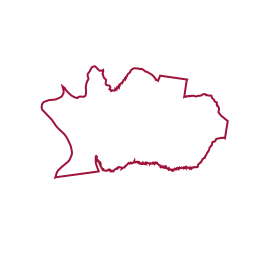 Baradero, Buenos Aires, Argentina (Natural Earth projection), rotated 236°
{"feature_id": "61730980B8735430115634", "entity_name": "Baradero", "entity_type": "district", "adm_level": 2, "iso_a3": "ARG", "parent_name": "Argentina", "parent_adm1": "Buenos Aires", "projection": "natural_earth1", "projection_center": [-59.554, -33.906], "detail": "fine", "context": "isolated", "style": "outline", "palette": "rose", "viewbox_px": 256, "rotation_deg": 236, "n_neighbors": 0, "source": "geoboundaries", "source_scale": "gbopen_adm2", "svg_char_len": 5796}
<svg xmlns="http://www.w3.org/2000/svg" viewBox="0 0 256 256"><g transform="rotate(236 128 128)"><path d="M172.8,158.0L172.6,157.8L171.7,156.0L171.4,155.9L171.4,154.8L171.2,154.7L171.1,154.4L170.5,154.2L169.8,152.9L170.7,152.8L170.1,151.9L170.2,150.9L169.7,150.5L169.3,149.4L169.0,149.2L168.9,148.0L168.6,147.9L168.9,147.5L168.7,147.1L168.9,145.9L168.7,145.4L168.2,145.1L168.5,144.6L168.2,144.3L167.6,144.4L167.6,144.1L167.9,143.8L167.8,143.6L167.1,143.6L166.9,143.4L167.7,143.5L167.5,143.0L167.8,142.7L167.5,142.3L167.7,142.2L168.0,142.4L168.1,142.1L168.0,141.8L167.2,141.9L167.4,141.5L167.0,141.4L166.7,141.0L167.0,140.2L166.4,139.8L167.4,139.4L166.8,139.1L166.8,138.7L166.5,138.2L166.5,137.8L166.7,137.4L167.2,137.3L167.7,136.5L168.1,134.6L168.3,134.6L168.4,135.0L169.3,135.1L170.5,134.3L171.6,136.1L173.0,136.4L174.2,135.8L175.3,134.3L176.7,134.1L177.9,134.7L180.0,136.6L180.8,136.7L182.5,136.2L183.5,136.2L185.4,136.7L186.2,137.2L186.9,137.0L189.1,139.4L190.1,139.8L190.3,137.9L191.5,136.5L192.2,136.2L197.1,135.3L197.8,134.9L198.4,133.4L198.5,131.8L197.6,130.0L196.4,128.0L195.3,124.8L194.5,124.1L193.6,123.6L191.1,122.9L190.3,121.9L189.4,120.0L187.6,117.8L185.1,115.5L182.5,114.2L180.4,112.7L178.9,111.2L178.4,109.8L178.5,109.2L178.9,108.4L180.7,106.1L181.4,104.6L181.4,103.8L181.1,103.4L181.1,102.7L183.0,101.1L186.4,99.3L191.2,98.1L194.8,97.7L196.2,97.9L199.2,97.0L194.7,95.4L192.9,94.0L191.3,90.9L191.3,88.2L192.2,83.8L195.4,77.9L196.6,73.0L196.3,71.2L195.4,69.7L193.5,68.0L191.5,67.1L177.2,69.5L170.1,69.5L166.8,69.9L158.2,71.8L154.2,71.9L149.3,71.2L145.4,70.5L142.3,69.4L139.0,67.9L137.0,66.1L134.0,61.2L133.5,58.8L132.7,50.6L131.8,45.9L130.9,44.1L127.6,40.1L127.5,40.7L108.4,79.4L110.2,80.1L111.2,80.1L116.4,81.5L119.3,83.1L120.4,84.0L121.7,84.7L122.3,85.2L122.5,85.8L122.2,85.8L121.9,86.1L121.4,86.1L120.4,84.8L119.4,84.8L119.1,84.4L118.4,84.9L117.8,84.4L117.5,85.0L117.0,84.7L116.8,85.2L116.2,85.2L115.5,85.6L115.2,85.0L114.8,85.4L114.5,84.8L113.8,85.1L113.5,84.6L113.1,84.9L112.8,84.3L111.7,84.0L111.3,84.2L109.8,83.7L108.8,84.1L108.1,83.7L107.8,84.5L107.0,83.8L105.5,85.0L105.2,85.8L104.7,86.1L104.7,86.6L104.1,87.5L104.4,88.2L103.9,88.4L104.0,88.8L103.5,89.0L103.7,89.7L103.4,89.8L103.0,89.2L102.3,89.8L101.9,89.4L101.5,89.5L101.4,90.3L100.4,91.3L100.8,91.5L100.6,91.9L100.8,92.1L100.5,92.4L101.0,93.9L100.7,95.5L100.2,96.2L101.0,96.6L100.9,97.4L100.5,97.9L100.9,98.5L100.1,99.0L98.8,100.7L98.2,100.9L97.7,100.2L97.7,102.3L97.2,103.2L97.9,104.0L97.8,105.3L98.1,105.9L98.4,108.2L98.7,108.9L97.5,109.5L97.7,110.6L97.2,110.4L96.7,111.6L96.4,111.7L96.5,112.3L96.0,113.9L96.8,114.3L97.1,114.8L96.4,114.4L95.7,114.3L95.6,114.5L96.1,114.8L95.6,114.9L95.4,115.2L95.7,116.0L95.3,115.6L95.1,116.2L94.6,116.3L94.6,117.1L94.2,117.1L94.0,117.5L93.6,117.1L93.4,117.1L93.6,117.8L93.3,118.2L92.8,118.1L92.5,117.5L92.1,117.7L91.9,118.4L91.3,118.4L91.3,119.0L91.2,119.0L91.0,118.6L91.0,118.9L90.6,119.1L90.7,119.8L90.1,119.8L89.2,121.4L88.7,121.7L88.9,121.9L89.6,121.9L88.7,122.4L89.2,123.3L88.9,123.3L88.6,123.1L88.2,123.2L88.7,123.5L88.9,124.1L86.9,125.6L86.5,126.6L86.3,126.7L85.9,126.4L86.0,126.8L85.2,128.1L85.4,128.5L85.4,129.0L85.1,128.9L84.8,129.2L84.6,129.1L84.6,129.7L83.9,129.7L84.3,130.2L83.6,130.6L84.0,130.9L83.7,131.2L84.0,131.6L84.0,131.8L83.2,131.8L82.7,132.2L82.7,132.6L81.7,132.5L80.9,132.8L79.4,133.1L78.9,133.5L78.7,133.9L77.7,133.1L77.1,133.2L77.2,133.9L76.6,134.2L76.9,135.3L76.8,135.5L76.3,135.2L75.7,135.2L75.8,135.5L75.3,135.7L75.4,137.0L74.9,136.7L74.8,137.2L74.5,136.9L74.4,137.5L74.0,137.1L73.7,137.1L73.8,137.5L73.0,137.7L72.3,138.1L72.2,138.9L71.7,138.5L71.4,139.4L70.5,139.4L70.5,138.7L70.3,138.6L69.7,140.2L68.6,140.6L69.1,140.8L69.0,141.2L68.5,141.5L67.8,141.0L67.5,141.6L68.4,141.7L67.9,142.5L68.2,143.9L67.6,143.9L67.6,144.3L67.3,144.6L66.8,144.4L66.6,144.6L66.6,145.2L67.2,145.9L66.8,146.1L67.0,146.8L66.2,146.9L66.5,147.1L66.2,147.5L66.4,147.7L66.1,148.0L66.3,148.1L66.4,148.6L66.1,148.6L65.4,149.0L65.1,149.5L65.2,150.3L63.8,151.2L64.1,151.4L64.2,151.8L63.5,151.9L63.1,152.4L63.1,152.6L63.5,152.6L63.8,153.0L63.7,153.2L63.4,153.0L63.4,153.3L62.9,153.4L63.4,153.6L63.3,154.4L62.7,154.0L62.5,154.7L61.9,154.9L61.8,155.4L61.3,155.6L61.0,156.2L60.1,156.3L60.3,156.6L59.7,156.9L60.2,157.1L60.3,157.3L59.6,157.2L59.3,158.1L58.8,158.0L58.9,158.6L59.3,158.9L59.2,159.1L59.3,159.2L58.9,159.7L58.8,160.7L58.4,160.8L58.0,161.3L57.8,162.4L57.1,162.9L56.8,163.7L57.1,164.5L57.8,164.9L58.6,166.3L58.8,167.8L58.6,168.7L59.1,169.1L59.3,170.4L59.9,171.1L60.0,171.8L60.5,172.4L60.5,173.0L60.7,173.8L60.3,174.4L60.4,175.3L61.5,176.3L61.8,177.6L63.2,179.7L63.2,180.1L63.4,180.8L63.8,181.1L64.0,182.4L66.2,184.8L66.4,186.2L66.9,187.0L67.1,188.2L67.9,189.0L68.8,189.6L69.1,190.2L68.8,191.3L68.3,191.9L68.6,193.5L69.5,194.6L69.4,195.8L69.0,196.3L68.7,197.5L68.0,198.7L68.1,199.3L67.5,200.1L66.9,200.6L66.7,201.7L65.2,202.6L78.0,214.6L86.4,212.0L89.3,211.9L90.0,211.7L90.6,211.9L92.3,213.7L93.6,214.5L94.7,214.8L96.1,214.7L96.7,214.8L96.7,214.4L98.0,214.7L99.0,215.7L99.7,215.9L101.4,214.7L102.2,215.0L103.9,215.0L105.9,214.5L107.9,215.2L108.7,214.8L109.3,213.5L110.9,212.1L111.4,211.1L112.6,211.2L113.0,210.8L113.3,210.1L114.0,209.4L114.0,206.8L115.5,203.9L115.8,202.7L116.3,201.8L117.6,200.8L118.3,200.1L118.6,199.4L119.0,199.1L119.1,198.6L119.6,197.5L120.1,197.0L119.9,196.8L120.1,196.3L120.9,195.6L121.0,195.1L121.4,194.8L121.4,193.6L121.8,193.3L122.1,192.6L122.4,192.5L122.4,192.1L132.3,201.1L134.6,203.3L135.1,204.1L153.4,183.9L150.3,179.3L152.0,178.5L152.5,177.9L153.6,178.5L154.5,178.1L155.5,178.3L157.0,177.9L158.1,177.9L163.8,175.2L165.0,174.0L168.0,173.2L169.7,172.0L169.6,171.6L170.7,170.4L171.6,169.8L172.5,168.4L173.8,167.1L174.4,165.0L174.4,163.6L173.5,161.2L173.0,160.9L172.8,159.0L172.9,158.6L172.8,158.0Z" fill="none" stroke="#9f1239" stroke-width="2"/></g></svg>